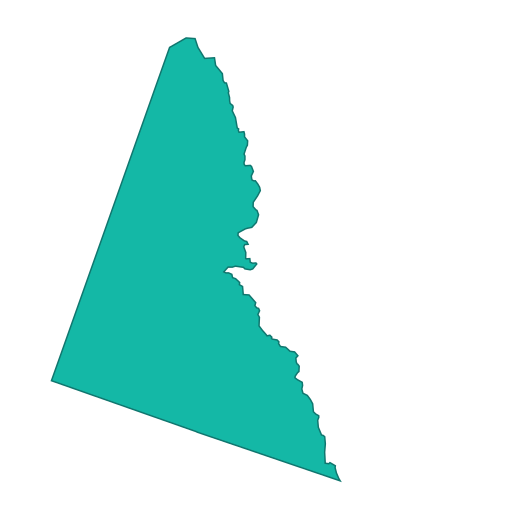 outline of Shoshone, Idaho, United States of America, rotated 19°
{"feature_id": "52423323B48637166565981", "entity_name": "Shoshone", "entity_type": "district", "adm_level": 2, "iso_a3": "USA", "parent_name": "United States of America", "parent_adm1": "Idaho", "projection": "orthographic", "projection_center": [-115.626, 47.501], "detail": "fine", "context": "isolated", "style": "filled", "palette": "teal", "viewbox_px": 512, "rotation_deg": 19, "n_neighbors": 0, "source": "geoboundaries", "source_scale": "gbopen_adm2", "svg_char_len": 2082}
<svg xmlns="http://www.w3.org/2000/svg" viewBox="0 0 512 512"><g transform="rotate(19 256 256)"><path d="M167.6,100.5L164.8,94.5L155.8,89.0L152.2,82.1L143.1,85.9L133.2,77.7L127.6,70.3L118.9,72.6L106.4,86.9L106.0,128.4L104.7,284.0L103.5,412.0L103.2,440.5L256.5,441.5L257.8,441.7L408.8,441.2L406.6,439.3L402.7,435.0L399.7,430.4L399.3,428.5L393.2,427.3L392.5,428.7L388.9,429.4L386.3,422.9L384.8,419.2L382.7,411.0L379.8,404.5L378.0,403.8L376.2,403.9L370.7,397.7L367.8,391.2L367.9,388.1L367.3,386.6L364.0,386.0L361.0,384.6L359.5,381.3L357.7,377.3L354.1,374.0L349.9,371.1L345.1,370.5L342.6,366.8L342.2,363.2L340.8,360.4L335.1,359.4L332.4,358.4L332.2,356.8L333.3,352.7L334.2,351.3L332.7,346.1L330.8,344.8L329.8,344.6L328.5,343.0L326.9,339.5L328.1,336.7L323.7,334.1L319.2,335.0L313.7,332.6L308.6,333.6L305.9,331.5L305.6,329.7L303.3,328.5L298.4,329.3L297.4,328.7L297.4,327.6L294.9,326.4L292.4,327.9L291.1,327.0L286.2,324.2L281.6,321.1L279.2,312.9L276.8,310.7L277.2,306.6L275.5,304.7L273.5,304.8L271.1,303.3L270.9,300.2L262.1,295.1L256.5,296.6L253.2,289.2L249.6,288.5L249.2,286.4L244.1,284.1L240.9,284.1L239.1,281.2L235.6,280.9L233.0,281.8L230.7,281.5L233.2,275.6L237.3,274.2L239.8,272.3L247.8,270.8L249.7,271.8L255.0,270.9L257.1,269.3L259.3,263.3L258.2,262.6L255.2,263.9L252.6,263.8L251.0,260.5L247.6,261.9L247.0,261.6L245.2,256.0L241.4,251.3L241.6,248.9L244.7,247.5L242.5,245.3L240.1,245.5L234.9,244.0L232.2,242.4L231.6,239.8L237.0,233.9L238.9,232.5L242.7,230.3L245.4,224.2L245.0,216.2L242.1,212.6L240.9,212.4L237.2,210.3L235.9,206.1L237.9,198.6L238.8,192.8L237.1,189.9L234.3,187.4L230.9,185.1L229.7,185.6L227.6,185.5L226.7,184.2L225.5,181.8L226.0,176.9L222.6,172.8L221.1,172.2L216.4,174.2L214.9,173.1L214.2,171.4L214.2,168.6L213.0,165.1L211.5,163.5L211.4,156.2L211.8,154.1L210.6,149.8L206.4,147.1L205.5,144.5L204.1,142.4L199.7,144.5L198.5,143.2L198.2,141.5L196.6,141.1L191.5,131.8L186.3,126.5L185.9,122.6L185.0,121.3L181.9,120.2L180.6,118.0L179.4,114.8L176.7,110.7L176.7,109.2L171.7,102.1L169.9,102.5L167.6,100.7L167.6,100.5Z" fill="#14b8a6" stroke="#0f766e" stroke-width="1.5"/></g></svg>